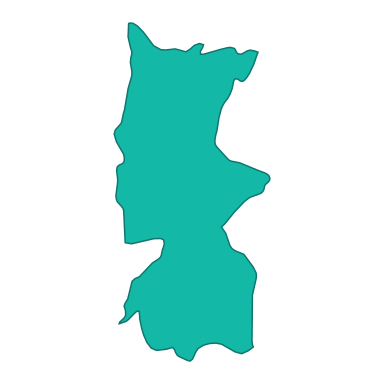 the border of Bhojpur
{"feature_id": "NPL-1134", "entity_name": "Bhojpur", "entity_type": "District", "adm_level": 1, "iso_a3": "NPL", "parent_name": "Nepal", "parent_adm1": "", "projection": "orthographic", "projection_center": [87.293, 27.148], "detail": "fine", "context": "isolated", "style": "filled", "palette": "teal", "viewbox_px": 384, "rotation_deg": 0, "n_neighbors": 0, "source": "natural_earth", "source_scale": "10m", "svg_char_len": 2413}
<svg xmlns="http://www.w3.org/2000/svg" viewBox="0 0 384 384"><path d="M129.9,23.0L133.0,23.3L137.6,26.1L143.5,32.3L153.6,45.7L160.9,49.7L165.7,50.0L175.2,48.9L185.9,51.8L190.2,49.1L194.3,45.4L199.5,43.5L203.5,44.7L202.6,47.6L200.5,51.1L200.5,54.3L203.8,54.2L220.2,49.5L227.5,47.7L230.6,47.4L234.3,48.4L235.2,49.4L235.9,51.1L236.9,52.8L238.4,54.0L241.5,54.1L247.3,50.9L250.1,50.1L254.5,50.9L258.0,52.2L253.5,64.9L249.5,73.3L246.6,77.8L244.5,80.2L242.7,81.3L241.3,81.3L239.9,80.7L238.7,79.8L237.4,79.0L236.1,78.8L234.6,79.3L233.7,80.9L232.2,88.4L230.1,94.1L228.0,97.9L224.5,102.5L222.5,106.0L221.1,109.4L218.9,117.9L217.0,130.4L215.6,135.7L215.0,139.4L214.9,142.6L215.6,145.1L216.8,147.0L228.0,159.2L229.3,160.3L231.4,161.2L239.7,162.8L257.8,170.3L265.8,173.3L268.7,175.4L269.4,176.8L269.8,178.1L269.8,179.5L269.4,180.6L268.3,182.0L265.4,184.6L264.6,186.2L264.2,188.3L263.7,190.0L262.7,191.7L261.4,192.9L259.7,193.8L251.4,196.8L249.1,197.9L244.3,201.6L233.9,212.6L225.1,223.5L221.4,227.1L225.6,233.0L229.8,245.2L231.3,247.7L232.9,249.4L236.1,251.2L243.5,254.2L243.9,254.4L253.2,267.0L256.0,272.7L256.3,274.2L256.4,277.5L252.4,295.1L252.0,340.9L252.3,344.1L253.2,346.9L253.3,347.0L248.6,350.6L241.7,353.7L235.1,351.9L221.6,344.2L215.8,343.1L209.6,343.5L203.5,345.2L198.3,348.4L196.1,351.4L192.6,359.0L190.3,361.0L187.7,360.5L179.8,356.9L177.4,355.4L175.7,352.7L174.4,349.4L172.4,347.4L166.7,349.2L156.6,350.4L151.2,348.1L146.9,342.4L143.8,335.3L141.9,329.2L139.7,318.8L139.6,315.3L139.1,311.3L136.9,311.3L134.2,313.6L128.5,319.5L126.1,321.4L119.1,323.8L119.1,323.7L119.7,322.1L123.8,318.3L125.4,316.1L125.6,314.4L125.6,311.9L125.3,309.6L124.7,308.1L124.1,306.0L125.1,303.4L127.8,298.8L132.1,281.3L135.1,278.6L139.4,276.7L152.5,262.9L157.7,259.6L160.3,257.4L161.4,255.0L161.6,253.6L162.6,249.2L163.3,247.7L164.3,243.5L163.5,239.7L160.4,238.5L153.8,238.7L131.6,243.8L125.2,242.7L123.7,210.8L123.0,208.3L121.0,205.8L117.4,201.9L116.4,199.3L115.9,196.1L117.5,183.4L117.7,179.6L116.6,170.2L117.2,167.0L118.2,165.8L119.6,164.9L121.3,164.2L122.7,163.4L123.7,162.1L124.2,160.8L124.3,158.0L123.7,154.4L116.4,141.7L114.2,134.0L115.0,130.9L115.5,129.7L118.9,125.9L121.1,123.4L121.8,121.2L123.6,112.7L124.5,109.9L128.1,88.7L131.6,76.4L131.9,74.3L131.9,71.4L130.4,62.7L130.8,57.9L131.8,53.8L131.8,52.6L131.5,50.6L130.2,46.4L128.1,36.9L128.6,23.7L128.7,23.4L129.9,23.0Z" fill="#14b8a6" stroke="#0f766e" stroke-width="1.5"/></svg>